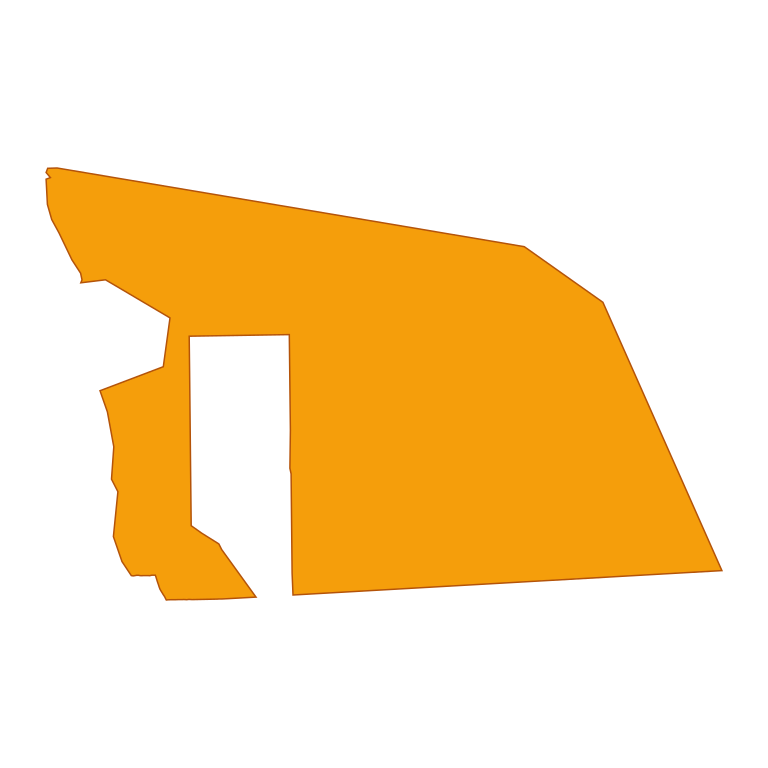 outline of Zemam Out, Ash Sharqiyah, Egypt
{"feature_id": "37247803B42023857067519", "entity_name": "Zemam Out", "entity_type": "district", "adm_level": 2, "iso_a3": "EGY", "parent_name": "Egypt", "parent_adm1": "Ash Sharqiyah", "projection": "equal_earth", "projection_center": [31.428, 30.239], "detail": "fine", "context": "isolated", "style": "filled", "palette": "amber", "viewbox_px": 768, "rotation_deg": 0, "n_neighbors": 0, "source": "geoboundaries", "source_scale": "gbopen_adm2", "svg_char_len": 1332}
<svg xmlns="http://www.w3.org/2000/svg" viewBox="0 0 768 768"><path d="M293.0,595.0L721.9,570.6L602.9,302.3L524.3,246.7L436.1,231.8L57.1,168.0L47.7,168.3L46.1,172.5L50.4,177.6L46.1,179.2L47.4,204.4L51.7,219.5L59.0,232.9L71.9,259.8L80.6,273.2L82.0,279.9L80.8,282.8L105.5,279.8L170.0,317.9L163.3,366.7L100.0,390.7L107.4,411.9L113.8,446.8L111.5,479.2L117.9,491.7L113.4,536.6L122.0,561.6L131.1,575.3L131.3,575.6L133.1,575.9L134.5,575.7L136.2,575.4L136.5,575.3L138.7,575.3L139.0,575.4L139.9,575.6L141.1,575.7L143.4,575.6L146.5,575.6L148.5,575.6L149.7,575.7L151.8,575.2L153.8,575.2L154.5,575.2L155.3,575.2L155.9,576.8L156.2,577.8L157.3,581.4L157.8,582.9L158.3,584.3L158.8,585.9L159.4,587.7L159.7,588.4L159.8,588.9L160.1,589.3L160.4,589.9L160.9,590.8L161.7,592.1L162.4,593.2L163.2,594.6L164.0,595.7L165.0,597.4L165.5,598.5L166.3,600.0L167.2,599.9L168.1,599.8L168.3,599.8L171.1,599.7L172.7,599.7L173.9,599.7L175.8,599.7L178.0,599.6L180.1,599.6L182.4,599.6L183.8,599.5L186.7,599.7L188.9,599.4L192.1,599.6L217.4,599.1L218.8,599.0L220.2,599.0L221.5,599.0L227.3,598.7L256.0,597.1L221.7,549.6L219.5,545.2L219.2,544.6L219.1,544.4L218.8,543.9L201.6,533.1L191.2,525.7L191.1,516.4L190.8,489.7L189.6,371.4L189.2,336.2L289.3,334.6L290.4,430.4L289.9,468.3L291.1,473.9L292.1,573.2L293.0,595.0Z" fill="#f59e0b" stroke="#b45309" stroke-width="1.5"/></svg>